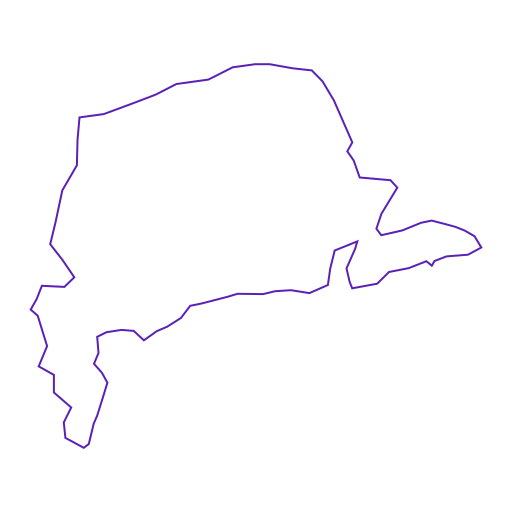 Maronas, Paphos, Cyprus
{"feature_id": "46923920B90699774301121", "entity_name": "Maronas", "entity_type": "district", "adm_level": 2, "iso_a3": "CYP", "parent_name": "Cyprus", "parent_adm1": "Paphos", "projection": "natural_earth1", "projection_center": [32.67, 34.763], "detail": "fine", "context": "isolated", "style": "outline", "palette": "violet", "viewbox_px": 512, "rotation_deg": 0, "n_neighbors": 0, "source": "geoboundaries", "source_scale": "gbopen_adm2", "svg_char_len": 1218}
<svg xmlns="http://www.w3.org/2000/svg" viewBox="0 0 512 512"><path d="M431.8,265.7L434.5,261.0L446.5,256.4L468.0,254.7L481.3,247.5L474.6,236.3L464.8,230.6L455.5,226.9L446.1,224.3L431.7,220.6L421.0,222.8L402.4,230.4L381.3,235.2L376.4,228.7L381.6,213.3L382.0,212.8L397.3,187.7L393.7,183.7L390.5,180.2L359.7,177.5L353.7,160.5L347.3,151.3L352.3,142.4L333.9,100.4L322.5,81.3L311.8,70.4L292.7,68.3L269.6,64.2L254.8,64.2L253.8,64.4L232.7,67.3L208.3,79.6L176.4,84.0L155.7,94.6L133.2,103.2L103.7,114.1L79.5,117.4L77.5,140.2L76.9,165.3L62.3,190.4L55.5,222.4L50.2,244.2L62.3,259.7L74.3,277.3L64.4,286.9L41.9,285.8L36.6,299.2L30.7,309.6L37.7,315.7L47.1,346.1L38.7,366.4L53.9,374.9L53.9,392.5L71.2,407.5L63.8,422.4L65.4,437.9L83.8,447.8L88.8,444.0L93.7,423.7L97.2,415.6L102.3,399.3L107.4,382.7L102.0,372.9L94.0,363.8L98.5,353.0L97.2,336.8L106.5,332.2L121.5,329.9L133.7,330.9L143.9,340.3L156.7,331.2L167.2,326.7L181.0,317.9L190.2,305.8L201.1,303.6L227.9,296.7L237.5,293.8L263.1,294.1L275.2,291.2L290.9,290.2L309.4,293.1L327.9,285.0L330.2,268.7L334.7,250.5L357.3,241.4L355.1,248.9L346.5,268.4L349.7,282.1L352.2,288.3L377.2,283.7L389.0,272.0L408.8,268.1L426.4,261.2L431.8,265.7Z" fill="none" stroke="#5b21b6" stroke-width="2"/></svg>